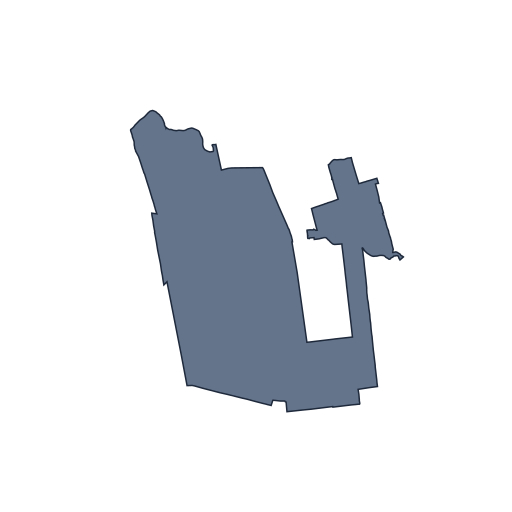 Varasti, Giurgiu, Romania, rotated 135°
{"feature_id": "2599482B7162388776253", "entity_name": "Varasti", "entity_type": "district", "adm_level": 2, "iso_a3": "ROU", "parent_name": "Romania", "parent_adm1": "Giurgiu", "projection": "orthographic", "projection_center": [26.231, 44.242], "detail": "fine", "context": "isolated", "style": "filled", "palette": "slate", "viewbox_px": 512, "rotation_deg": 135, "n_neighbors": 0, "source": "geoboundaries", "source_scale": "gbopen_adm2", "svg_char_len": 6054}
<svg xmlns="http://www.w3.org/2000/svg" viewBox="0 0 512 512"><g transform="rotate(135 256 256)"><path d="M255.2,434.0L255.6,433.7L255.9,433.4L256.3,432.7L258.0,429.2L259.3,427.3L259.6,426.6L260.0,425.7L261.3,423.1L261.7,422.6L263.7,420.5L264.6,419.1L265.7,417.7L265.9,417.1L266.4,415.9L266.9,415.4L268.7,409.4L271.4,403.9L274.5,397.9L275.0,396.8L276.4,394.1L276.6,393.5L276.8,392.7L280.7,385.4L284.5,378.0L286.8,373.8L287.7,372.0L288.5,370.7L289.3,369.0L290.2,367.2L291.7,364.4L292.6,363.0L293.0,362.1L294.3,359.9L296.3,355.9L299.4,360.0L300.5,358.7L301.2,357.8L303.6,354.2L307.0,349.8L310.2,345.1L311.1,344.3L311.3,344.0L312.9,341.6L316.7,336.1L321.5,329.5L329.1,318.0L333.4,312.3L335.3,309.5L336.0,308.4L338.5,305.1L341.1,301.4L341.6,300.7L337.2,300.7L379.4,238.0L396.4,213.1L393.2,210.1L392.8,209.8L392.4,209.2L391.4,207.7L386.8,199.5L378.1,184.7L374.3,178.7L366.2,165.2L363.6,161.1L359.5,153.9L355.2,146.6L354.0,144.7L353.0,142.9L351.5,140.5L351.0,139.6L346.1,142.1L345.9,142.0L345.3,141.2L343.6,139.1L341.3,136.2L339.6,134.5L338.5,133.4L338.2,133.0L338.2,132.7L338.4,132.2L338.0,131.4L340.8,128.1L344.2,124.0L331.9,114.1L325.1,108.5L311.0,97.5L308.2,95.3L308.5,94.8L307.9,94.3L293.4,82.9L290.8,80.7L288.4,78.8L287.6,78.0L286.8,78.4L285.2,80.7L284.4,81.5L281.1,85.4L278.1,89.5L269.2,83.0L262.4,77.8L260.1,80.8L258.0,83.3L250.1,93.3L249.4,94.0L247.6,96.2L247.1,96.9L243.7,101.2L239.4,106.7L233.9,113.4L230.8,117.1L229.7,118.7L226.5,122.7L222.3,127.6L221.0,129.4L219.4,131.4L216.7,134.5L215.6,136.0L215.3,136.4L213.1,139.4L210.3,142.8L209.1,144.4L207.7,146.6L204.9,150.0L203.8,151.5L201.9,153.5L201.3,154.2L200.7,154.7L199.8,155.7L197.1,159.0L196.3,160.0L195.0,161.5L186.8,171.8L183.1,176.3L176.3,185.0L176.1,185.3L175.8,185.9L175.7,186.2L175.1,186.5L175.0,186.3L174.9,185.9L175.0,185.0L175.3,184.2L175.5,183.1L175.5,182.1L175.5,181.1L175.5,180.3L175.4,179.2L174.6,175.6L174.3,174.7L173.8,173.6L173.1,172.6L171.6,171.4L170.7,170.5L168.8,169.4L168.1,168.9L167.2,168.1L166.3,167.1L165.4,166.0L165.1,165.1L165.0,164.4L165.1,163.4L165.0,162.8L164.5,161.1L164.4,160.2L164.2,159.6L163.7,159.2L163.0,158.9L161.9,159.2L160.1,158.5L158.6,158.5L157.4,157.5L156.8,157.3L155.6,155.9L155.7,154.9L156.0,154.3L156.6,153.1L157.0,151.4L152.4,151.1L152.4,151.4L152.6,152.4L153.1,153.9L152.8,155.5L153.7,159.2L154.6,160.4L156.0,161.1L156.8,161.8L154.4,163.7L154.2,163.7L153.0,165.8L150.9,169.3L150.5,169.7L149.6,171.1L148.8,172.7L148.3,173.4L147.7,174.4L147.7,174.7L146.1,177.8L145.6,178.7L144.6,180.0L143.6,182.3L143.1,183.6L139.7,189.4L139.2,190.3L139.4,190.4L138.9,191.5L138.7,191.3L136.9,194.5L137.3,194.7L136.4,196.5L135.5,196.2L133.5,199.8L132.4,201.5L130.3,205.7L131.1,206.1L127.4,211.0L123.6,217.3L120.7,222.4L119.4,221.8L118.1,220.8L117.0,222.8L115.6,225.5L122.3,229.1L124.7,230.5L125.5,230.8L128.1,232.3L130.3,233.4L131.6,234.2L132.1,234.5L128.0,242.3L122.0,253.4L119.1,258.2L120.8,259.4L121.4,260.0L122.0,260.4L123.4,261.1L124.4,261.4L125.4,261.9L126.3,262.7L128.0,264.5L130.8,266.8L132.2,268.5L132.6,268.8L133.3,269.2L134.1,269.3L135.4,269.4L136.8,269.3L138.2,269.2L138.9,269.0L139.4,269.1L139.9,269.2L140.1,269.4L140.3,269.4L141.8,267.2L143.3,264.5L144.4,262.5L145.5,260.3L146.8,258.1L147.1,257.7L147.8,257.0L147.7,257.0L148.1,256.6L147.7,256.1L148.4,255.0L149.8,252.6L151.0,250.5L152.6,247.7L153.3,246.2L154.2,244.5L154.7,243.4L156.0,241.2L157.3,238.8L157.7,238.1L159.9,239.0L160.7,239.4L163.8,240.8L166.1,242.0L167.7,242.9L168.9,243.3L170.2,244.1L171.3,244.5L172.7,245.2L175.5,246.6L175.8,246.7L178.7,248.2L183.2,250.3L184.7,247.8L186.3,245.2L193.8,232.4L194.5,231.0L195.1,231.4L195.6,231.9L195.7,232.1L195.7,232.8L195.9,233.4L196.2,233.8L196.3,233.8L196.3,234.1L196.8,234.1L197.0,234.1L197.7,234.6L198.6,235.6L198.9,235.9L199.9,236.8L201.0,237.7L201.6,238.2L201.9,238.0L202.8,236.9L202.7,236.8L205.3,233.7L205.2,233.6L205.7,233.3L206.1,233.0L206.5,232.3L206.9,231.8L206.4,231.2L206.0,230.6L205.0,230.6L203.2,229.0L202.0,228.0L203.1,226.5L199.2,223.5L198.2,222.9L194.9,220.9L194.3,220.3L193.8,219.7L193.6,219.4L193.5,218.9L193.5,217.3L193.6,216.6L193.4,215.8L193.5,213.2L193.3,210.7L193.1,209.9L192.5,208.9L192.3,208.6L186.8,203.8L189.0,201.1L193.6,195.2L195.5,192.8L202.6,183.8L205.3,180.5L208.0,177.1L209.4,175.3L211.3,172.9L213.4,170.4L215.4,167.8L222.9,158.4L237.3,140.2L245.1,130.5L258.8,141.5L259.9,142.3L270.7,150.8L274.0,153.4L275.0,154.2L278.6,157.0L281.0,159.0L238.5,215.3L220.7,240.5L220.2,240.2L219.0,241.7L218.5,242.7L217.0,245.0L215.5,248.3L214.1,250.9L213.7,251.9L213.7,252.5L212.3,255.8L207.9,267.2L206.0,272.1L205.1,274.5L202.4,281.1L199.4,288.8L195.8,296.6L190.9,308.2L189.9,310.5L189.1,312.7L188.9,313.9L208.3,332.9L211.0,335.5L213.9,337.8L219.7,341.2L205.5,363.3L206.3,363.8L207.6,365.1L208.0,365.4L208.3,365.5L208.6,365.5L208.8,365.2L209.2,363.9L209.7,362.8L210.2,362.2L211.0,361.3L211.7,360.4L212.0,360.3L212.6,360.3L212.8,360.4L213.2,360.9L213.7,361.2L214.4,361.7L215.2,362.4L215.3,362.7L215.4,363.0L216.0,364.0L216.5,365.5L216.9,367.0L217.0,367.4L216.9,368.3L216.6,369.6L216.3,370.2L215.9,371.0L215.0,372.3L214.6,372.8L214.0,373.4L213.0,374.3L212.1,375.3L211.5,376.0L210.9,376.9L210.3,378.3L210.0,379.4L209.7,380.5L208.9,382.3L208.7,382.9L208.2,384.1L208.2,384.7L208.2,385.3L208.5,386.2L209.0,387.7L210.1,390.4L210.3,390.9L210.9,391.8L211.3,392.2L213.9,393.8L215.1,394.3L216.2,394.6L217.3,395.0L218.7,396.0L219.4,396.8L221.6,399.5L222.8,400.3L223.9,401.1L224.4,401.9L225.4,403.1L226.1,404.6L226.3,405.1L227.0,406.0L227.8,406.7L228.0,407.2L228.2,407.8L228.4,408.6L228.6,409.9L228.6,410.3L228.9,410.4L229.1,410.3L228.7,411.0L228.7,411.7L228.2,412.9L228.0,413.4L227.1,414.4L226.0,416.8L225.7,417.5L225.0,419.5L224.7,420.8L224.6,421.3L224.6,421.6L224.7,422.2L224.7,422.8L224.4,424.0L224.8,427.4L224.8,428.6L224.9,428.9L225.3,430.0L225.7,430.9L226.2,432.0L227.6,432.8L228.2,433.2L228.5,433.3L228.8,433.3L229.7,433.4L231.0,433.5L235.9,433.3L237.4,433.4L239.3,433.7L240.2,433.9L242.3,434.2L248.7,434.1L249.4,434.1L250.0,433.9L251.7,433.7L254.8,433.9L255.1,433.9L255.2,434.0Z" fill="#64748b" stroke="#1e293b" stroke-width="1.5"/></g></svg>